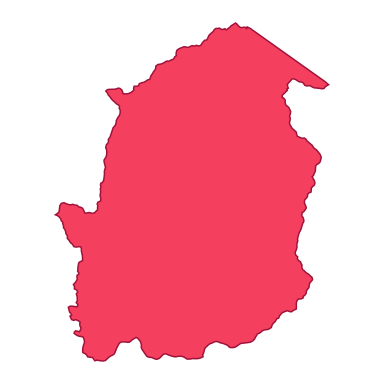 the district of Conceição do Tocantins, Tocantins, Brazil
{"feature_id": "56859067B12744397035751", "entity_name": "Conceição do Tocantins", "entity_type": "district", "adm_level": 2, "iso_a3": "BRA", "parent_name": "Brazil", "parent_adm1": "Tocantins", "projection": "orthographic", "projection_center": [-47.324, -12.148], "detail": "fine", "context": "isolated", "style": "filled", "palette": "rose", "viewbox_px": 384, "rotation_deg": 0, "n_neighbors": 0, "source": "geoboundaries", "source_scale": "gbopen_adm2", "svg_char_len": 5891}
<svg xmlns="http://www.w3.org/2000/svg" viewBox="0 0 384 384"><path d="M105.8,91.1L107.3,92.8L108.4,95.2L109.9,96.7L110.7,98.1L111.7,99.3L113.0,100.6L114.7,102.1L116.5,103.9L118.6,105.0L119.5,106.3L119.2,108.4L120.2,110.1L120.2,111.8L120.0,113.9L119.0,115.9L117.9,117.4L116.3,120.5L116.1,122.9L115.1,125.6L113.2,127.6L109.9,137.4L108.3,139.3L108.5,141.1L107.9,143.2L106.4,144.6L105.7,147.9L106.6,149.7L106.7,151.5L106.7,153.4L106.4,156.1L105.3,158.1L104.0,160.1L104.2,162.4L104.9,165.0L105.5,167.5L104.7,169.7L104.3,171.8L104.5,173.6L104.0,178.2L103.6,180.4L102.4,182.6L100.7,183.3L100.5,185.3L101.0,187.1L100.3,188.8L100.6,191.1L100.5,193.2L100.1,194.8L100.2,196.5L100.9,198.5L100.6,201.0L98.0,202.1L97.1,204.0L97.8,205.6L97.5,207.6L97.6,209.7L94.5,212.8L92.8,213.3L91.3,213.1L89.3,212.5L87.2,212.9L85.1,213.2L84.2,211.6L83.3,209.5L82.2,208.0L80.8,207.3L78.6,206.8L77.3,205.3L75.1,205.1L72.6,204.3L70.2,204.9L67.9,204.3L66.1,203.7L64.1,202.7L61.4,203.3L59.8,205.6L59.1,211.8L57.5,213.4L55.4,214.8L57.3,215.5L59.0,216.8L60.6,218.6L61.3,220.9L62.6,221.9L62.8,223.8L63.5,225.7L63.5,227.8L64.8,229.3L65.6,231.6L66.0,233.8L67.4,235.9L67.3,238.4L69.1,240.4L70.5,242.7L72.6,244.4L73.8,246.6L76.0,247.1L78.7,246.7L80.8,246.8L81.4,249.1L81.4,251.3L82.4,255.7L82.6,260.5L79.1,262.3L78.5,263.8L77.9,267.7L77.9,269.6L77.6,271.3L78.8,272.9L78.5,274.5L77.1,275.2L76.9,277.1L77.3,279.3L76.0,281.5L74.9,283.0L73.4,284.5L74.5,286.4L74.3,288.8L76.7,290.0L77.7,292.1L76.3,293.9L77.1,296.2L77.3,299.4L77.1,301.3L76.2,302.6L77.9,304.5L77.3,306.7L74.9,306.6L72.6,306.2L70.3,306.1L68.3,307.3L69.6,312.1L71.1,313.9L71.6,315.4L70.0,316.1L70.7,317.8L71.6,319.6L73.8,320.4L75.5,319.6L78.0,320.6L80.1,322.0L79.7,324.1L80.1,326.3L81.1,328.0L80.5,329.7L79.5,331.7L75.7,330.8L74.4,331.9L74.1,333.4L75.5,334.4L77.0,335.4L79.0,336.2L81.1,336.5L83.2,337.1L84.0,339.2L84.4,340.9L84.4,342.8L83.4,345.4L82.8,348.2L82.6,350.5L82.9,352.6L85.0,353.6L86.7,355.0L87.6,356.8L90.0,357.3L92.6,357.5L93.9,359.6L95.0,360.8L97.0,360.1L100.4,360.8L102.8,361.0L105.4,360.5L108.4,357.7L110.3,356.2L113.0,354.9L114.5,353.6L116.8,347.9L117.7,346.3L118.7,344.2L120.3,342.4L122.0,341.9L123.6,341.9L125.5,341.9L127.3,342.3L129.3,342.2L130.8,341.1L132.0,340.0L136.1,337.4L138.0,338.5L140.4,341.6L141.3,344.1L141.4,345.8L141.2,347.4L142.2,349.6L146.6,356.1L148.4,357.1L152.2,357.6L153.9,358.5L156.2,359.3L157.9,359.0L159.6,358.1L161.3,356.5L162.4,355.3L163.6,354.2L165.6,353.8L170.2,355.6L174.3,356.8L176.6,356.7L178.8,356.2L181.5,356.2L183.7,357.0L185.5,358.0L186.8,359.0L188.6,359.1L190.6,359.0L192.2,358.6L197.0,358.7L199.0,358.4L201.2,357.7L203.1,356.7L202.7,355.0L203.7,352.7L204.8,348.6L205.8,347.2L207.3,346.0L208.5,344.7L210.2,343.6L212.4,342.9L214.1,341.9L216.3,341.5L218.5,341.9L220.1,342.8L221.9,343.1L223.8,343.7L226.0,344.6L227.9,345.5L228.8,346.7L230.4,347.6L232.4,347.6L234.1,347.4L235.6,346.9L237.1,346.0L238.6,344.8L240.2,343.8L241.8,343.2L243.7,343.1L247.8,342.6L250.2,342.2L252.3,341.2L253.5,340.2L254.7,338.9L255.5,337.0L256.6,335.6L257.3,334.0L259.3,333.2L261.1,332.0L262.4,330.8L264.1,330.0L267.9,329.4L269.6,328.7L271.4,327.4L272.1,324.9L273.6,323.0L275.1,321.7L276.8,318.7L278.6,318.2L279.6,315.7L281.2,313.8L282.8,312.4L285.1,311.5L287.6,310.7L289.6,311.6L291.5,311.8L293.0,310.7L294.4,309.9L296.2,309.1L296.4,307.4L296.3,303.0L296.9,301.0L298.1,299.2L301.3,298.8L303.0,298.1L303.4,296.2L304.7,295.4L306.1,293.5L306.4,290.9L307.6,289.2L308.9,287.6L309.2,285.0L309.8,283.0L312.6,279.7L312.0,277.3L310.3,275.9L309.0,274.5L305.9,272.5L304.2,270.7L302.8,269.8L301.8,267.5L302.0,265.1L301.1,263.4L300.5,261.8L298.5,260.5L297.3,258.6L297.7,256.8L295.8,255.2L295.1,252.6L296.6,248.9L297.0,247.0L296.8,244.8L297.1,242.9L297.8,241.2L297.5,239.5L297.8,237.5L298.4,235.3L299.2,232.8L300.0,231.3L301.0,229.2L302.7,223.5L303.9,221.3L303.7,219.6L303.1,217.6L301.8,215.9L301.9,214.3L302.2,212.7L303.6,211.8L305.0,210.1L306.3,207.9L305.6,205.6L304.5,203.3L304.4,201.5L304.8,199.8L306.4,198.2L307.5,196.6L307.5,194.8L308.6,193.1L311.0,192.1L311.3,190.0L311.3,188.1L312.9,186.3L314.5,184.9L314.9,182.8L314.3,180.4L313.1,178.6L312.1,176.5L313.5,175.6L313.9,174.0L314.8,172.5L315.4,170.5L315.5,168.2L315.7,166.1L316.7,164.5L318.5,163.7L320.0,162.1L320.8,159.7L321.2,157.2L320.3,154.7L318.9,152.8L317.7,151.3L316.3,149.7L314.6,148.6L313.1,147.1L312.4,145.5L307.1,141.0L306.0,139.2L304.3,138.0L302.1,138.2L300.4,137.7L297.1,136.0L296.2,132.0L292.2,128.4L289.8,124.4L289.5,122.4L290.1,120.1L290.2,117.9L289.5,116.0L290.3,114.2L290.7,111.6L288.8,107.5L287.5,106.3L285.7,105.0L285.2,102.3L285.2,100.3L284.3,98.6L282.3,97.5L282.2,95.4L283.5,94.0L284.8,93.0L286.0,91.5L287.3,90.5L286.9,89.0L288.3,88.2L287.6,86.3L287.5,84.1L289.2,82.2L290.8,80.6L291.8,79.1L293.5,78.8L295.9,79.7L298.0,81.1L299.8,82.0L301.7,82.0L303.5,83.2L304.6,85.1L306.8,86.0L308.4,85.7L310.1,85.7L311.9,86.8L314.0,87.8L319.3,88.3L322.0,88.8L324.0,88.5L325.3,86.8L327.1,85.5L328.6,84.7L325.0,81.6L250.2,28.4L247.2,26.9L246.6,28.6L245.1,27.2L240.5,27.6L238.6,26.1L237.3,24.4L235.6,23.0L234.1,23.9L232.6,24.9L231.1,25.8L229.7,27.4L227.6,28.9L226.0,29.9L224.9,28.7L223.3,29.3L221.2,29.4L219.5,28.1L217.9,28.4L216.0,28.4L214.3,29.6L213.3,31.4L210.1,34.1L208.8,35.7L207.9,37.8L206.8,39.9L204.6,40.3L202.6,42.5L200.7,45.4L198.8,46.0L196.3,45.3L194.8,46.1L192.7,45.7L190.9,46.0L189.7,46.9L187.9,47.4L184.1,46.7L180.7,48.0L178.5,49.0L176.8,50.4L176.3,52.2L176.1,54.0L176.3,55.6L174.7,56.9L173.6,59.0L170.3,60.4L168.7,61.3L167.0,61.0L165.5,61.7L163.9,62.8L161.1,64.0L158.0,64.5L155.9,66.0L155.6,68.6L154.8,70.1L153.5,71.7L152.5,73.6L151.1,75.4L150.3,77.6L149.9,79.2L147.4,80.0L145.8,81.2L144.2,82.2L141.8,82.7L139.3,83.7L138.5,85.9L136.7,86.2L134.2,86.2L133.6,88.1L133.8,90.2L131.1,92.4L129.4,93.2L127.5,93.8L124.6,93.9L122.9,93.5L122.6,91.8L121.7,89.8L119.9,88.4L118.3,88.1L116.4,88.8L114.9,89.2L108.7,89.4L107.2,89.7L105.8,91.1Z" fill="#f43f5e" stroke="#9f1239" stroke-width="1.5"/></svg>